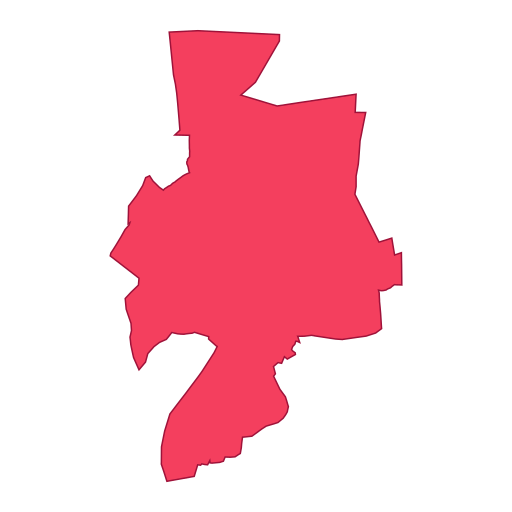 Morogoro Urban, Morogoro, United Republic of Tanzania (orthographic projection)
{"feature_id": "72390352B88942039906388", "entity_name": "Morogoro Urban", "entity_type": "district", "adm_level": 2, "iso_a3": "TZA", "parent_name": "United Republic of Tanzania", "parent_adm1": "Morogoro", "projection": "orthographic", "projection_center": [37.659, -6.786], "detail": "fine", "context": "isolated", "style": "filled", "palette": "rose", "viewbox_px": 512, "rotation_deg": 0, "n_neighbors": 0, "source": "geoboundaries", "source_scale": "gbopen_adm2", "svg_char_len": 3333}
<svg xmlns="http://www.w3.org/2000/svg" viewBox="0 0 512 512"><path d="M279.5,34.6L197.9,30.7L169.2,32.1L170.3,42.8L173.5,74.8L174.5,79.7L175.4,84.0L176.7,93.1L177.7,103.3L179.0,118.7L179.9,130.2L174.8,135.0L189.5,135.3L189.3,140.3L189.4,145.9L189.4,148.2L189.7,151.3L189.6,152.9L189.6,156.8L188.7,157.8L187.5,159.3L187.5,160.6L186.8,161.8L186.8,162.6L186.9,164.0L187.5,165.1L188.0,166.6L188.1,166.9L188.5,169.0L189.0,171.5L189.6,172.7L186.6,173.9L184.4,175.0L183.0,175.8L180.9,177.4L178.5,179.1L175.9,181.1L175.1,181.9L174.2,182.4L172.6,183.3L170.5,185.4L168.6,186.1L166.1,187.8L164.5,188.8L163.4,190.2L159.3,187.3L155.8,183.8L153.1,181.2L151.4,178.6L149.6,175.8L145.7,177.6L142.7,185.6L136.5,195.7L129.3,205.2L128.6,206.1L128.5,209.6L128.4,214.2L128.1,223.8L129.9,222.6L129.2,224.7L129.0,225.1L125.1,229.5L121.2,236.5L116.5,244.3L113.7,248.8L111.0,252.9L110.9,253.0L110.2,255.9L139.0,278.2L138.4,285.2L136.5,287.0L131.0,292.3L125.2,298.5L126.2,309.2L127.6,313.4L131.0,323.3L131.5,330.5L130.6,334.5L130.0,337.1L130.4,340.5L130.8,344.5L131.4,347.5L132.8,354.1L133.6,357.6L135.9,362.8L139.0,369.8L145.5,362.1L146.4,358.8L147.8,353.6L152.2,348.7L154.0,346.6L155.2,345.7L159.5,342.4L165.6,339.7L166.3,339.4L168.6,336.6L171.8,332.5L177.6,333.8L180.9,334.1L183.9,334.2L186.4,333.8L189.8,333.4L192.1,333.2L194.5,332.3L202.7,334.8L208.7,336.6L208.6,339.0L209.1,339.5L209.3,339.7L210.9,341.1L215.7,345.4L217.0,346.5L217.1,346.4L217.2,346.5L216.6,347.7L214.1,352.7L202.1,371.3L198.3,376.6L189.2,388.7L185.7,393.4L177.9,403.5L169.9,414.0L169.6,415.0L164.7,430.9L163.5,436.8L161.5,446.8L161.4,459.3L161.4,462.0L161.3,464.1L163.8,471.5L166.3,479.4L166.9,481.3L175.1,479.8L191.3,476.9L194.2,476.4L197.7,464.8L200.6,465.2L201.8,463.9L204.7,464.5L207.6,464.8L209.8,460.6L210.1,462.9L212.0,463.1L219.7,462.4L223.4,461.2L225.1,457.0L230.3,457.2L235.1,456.8L238.4,454.6L240.3,453.5L241.3,447.8L241.7,443.2L242.5,437.2L251.9,436.2L261.9,428.9L266.2,426.1L274.3,423.7L278.0,422.5L279.2,421.5L283.2,418.2L285.8,414.5L287.3,411.8L287.6,410.1L288.4,406.6L287.9,405.1L286.7,400.9L285.4,396.8L279.9,389.3L278.4,386.2L273.6,376.2L275.4,373.8L273.5,366.5L277.4,363.1L278.0,362.6L281.6,363.3L284.4,356.7L287.3,359.1L289.5,357.8L292.9,355.9L295.4,354.5L295.2,352.8L292.5,350.8L291.6,349.5L292.7,346.5L294.8,344.3L295.8,341.2L296.0,341.2L297.1,341.3L299.7,342.5L297.8,336.5L297.7,336.3L297.9,336.3L298.0,336.3L304.3,336.2L311.6,335.3L312.6,335.5L312.8,335.5L314.3,335.7L314.3,335.8L335.5,339.0L342.5,339.5L342.7,339.4L348.3,338.6L356.6,337.4L358.8,337.1L361.0,336.8L366.1,336.1L375.7,333.0L381.6,328.6L381.4,326.1L380.9,318.1L380.6,313.4L380.0,306.5L379.5,301.4L379.5,300.0L379.3,296.2L379.2,293.0L378.5,290.1L381.1,290.7L383.2,290.6L386.1,290.0L387.5,289.0L390.5,287.8L392.0,286.4L394.5,284.6L395.9,284.8L400.1,284.9L401.0,284.9L401.8,285.0L401.8,284.9L401.6,264.9L401.5,260.1L401.4,252.7L394.6,255.0L392.7,243.7L391.8,238.1L384.9,240.3L379.0,242.1L375.4,234.9L372.5,229.1L371.5,227.1L370.0,224.2L369.0,222.3L367.1,218.4L365.0,214.3L354.9,194.3L356.1,186.7L356.1,186.2L356.1,176.1L358.3,164.2L358.8,158.4L360.0,141.9L360.0,141.4L360.1,140.6L361.4,134.3L362.3,129.5L365.4,114.0L365.7,112.5L355.2,112.4L356.0,95.7L356.1,94.2L302.1,102.2L277.1,106.0L240.8,95.1L255.4,82.3L258.6,76.8L279.4,41.0L279.5,34.6Z" fill="#f43f5e" stroke="#9f1239" stroke-width="1.5"/></svg>